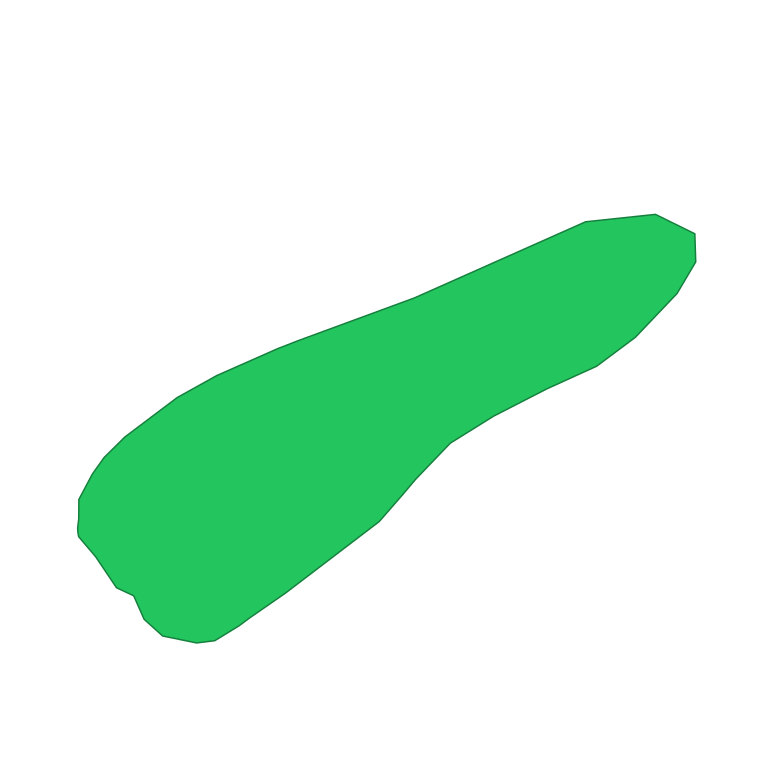 outline of Houk, Federated States of Micronesia, rotated 231°
{"feature_id": "79324940B89038151202543", "entity_name": "Houk", "entity_type": "district", "adm_level": 2, "iso_a3": "FSM", "parent_name": "Federated States of Micronesia", "parent_adm1": "", "projection": "natural_earth1", "projection_center": [149.302, 6.687], "detail": "fine", "context": "isolated", "style": "filled", "palette": "green", "viewbox_px": 768, "rotation_deg": 231, "n_neighbors": 0, "source": "geoboundaries", "source_scale": "gbopen_adm2", "svg_char_len": 603}
<svg xmlns="http://www.w3.org/2000/svg" viewBox="0 0 768 768"><g transform="rotate(231 384 384)"><path d="M471.8,344.3L478.4,323.6L495.8,259.4L503.6,214.9L505.9,149.3L503.0,120.2L497.6,100.8L486.3,74.2L471.2,61.8L464.8,55.2L460.8,52.4L457.4,50.6L431.3,51.2L394.0,47.9L376.9,56.2L352.1,49.5L327.4,53.4L300.7,75.4L291.0,90.9L287.3,119.2L286.7,133.4L283.5,175.9L280.1,293.7L286.3,329.1L290.0,348.4L296.3,398.3L290.0,449.1L277.7,507.7L264.0,560.4L262.1,608.6L269.9,668.7L282.7,703.1L305.1,720.1L345.0,701.7L383.2,642.8L431.8,461.7L471.8,344.3Z" fill="#22c55e" stroke="#15803d" stroke-width="1.5"/></g></svg>